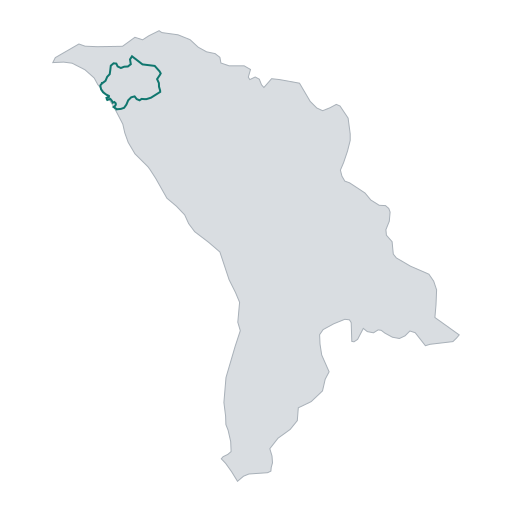 Moldova, with Edineţ highlighted
{"feature_id": "MDA-1615", "entity_name": "Edineţ", "entity_type": "District", "adm_level": 1, "iso_a3": "MDA", "parent_name": "Moldova", "parent_adm1": "", "projection": "equal_earth", "projection_center": [27.238, 48.122], "detail": "fine", "context": "in_parent", "style": "outline", "palette": "teal", "viewbox_px": 512, "rotation_deg": 0, "n_neighbors": 0, "source": "natural_earth", "source_scale": "10m", "svg_char_len": 2650}
<svg xmlns="http://www.w3.org/2000/svg" viewBox="0 0 512 512"><path d="M52.8,62.6L55.3,57.6L78.9,44.0L85.1,46.2L97.4,46.7L122.5,46.3L134.9,37.3L142.6,39.8L148.8,35.8L159.1,30.7L160.6,31.8L162.0,32.6L178.0,34.8L190.1,39.7L198.2,47.2L206.5,51.8L215.1,53.6L219.9,57.4L220.9,63.0L229.0,65.8L244.1,65.8L250.5,69.5L248.3,77.1L249.8,79.6L255.2,77.0L259.3,79.2L261.5,84.8L263.9,87.5L271.6,78.7L279.7,79.6L299.5,83.2L310.2,101.4L316.8,108.0L322.6,110.7L329.9,107.8L336.3,104.4L340.0,106.0L348.1,118.1L350.2,133.9L350.2,140.4L347.5,151.1L343.6,162.6L340.4,170.1L341.9,176.1L344.8,181.1L349.5,182.8L365.0,193.0L370.8,200.0L379.2,205.3L385.5,205.6L388.8,208.5L390.1,212.1L389.3,221.2L385.9,229.7L386.4,235.2L392.1,241.7L392.8,249.2L393.3,254.1L396.3,257.9L410.5,266.2L428.9,274.2L433.7,281.2L436.6,289.9L436.0,304.7L434.9,317.5L459.2,334.9L456.5,338.1L452.9,341.6L430.0,344.3L425.4,345.7L415.2,332.7L409.9,331.0L405.1,335.8L399.4,338.5L392.4,337.2L384.9,333.1L381.2,330.3L378.1,329.9L373.5,332.8L367.3,331.6L363.3,328.4L357.6,339.4L354.0,341.8L351.8,341.4L351.2,322.6L349.4,319.8L344.8,319.3L333.7,323.8L323.1,329.6L319.6,334.7L320.0,344.0L321.7,355.0L329.1,371.8L325.2,379.2L322.5,390.9L311.2,401.6L298.3,407.8L297.3,420.6L290.2,429.4L278.0,438.2L269.8,448.7L272.0,456.0L272.5,462.8L271.2,467.5L270.9,471.1L267.6,472.7L248.9,474.0L243.5,476.2L237.5,481.3L231.6,471.7L225.6,463.3L221.3,458.8L223.1,456.7L227.8,454.4L231.1,451.6L230.7,441.6L228.1,430.2L225.9,424.6L225.6,416.0L223.9,402.5L226.0,377.5L235.2,346.2L240.3,330.7L237.8,322.2L239.6,302.3L235.5,292.5L229.1,279.7L219.9,252.0L208.6,242.3L194.7,231.7L188.7,223.7L184.7,214.9L176.4,206.2L166.9,198.2L155.6,178.2L149.7,169.1L147.9,166.7L135.0,153.9L128.2,142.4L124.8,132.9L122.8,124.1L113.8,106.8L105.6,93.8L97.8,84.6L94.2,78.0L85.0,69.8L72.1,63.2L63.6,62.1L52.8,62.6Z" fill="#d9dde1" stroke="#a8b0b8" stroke-width="1"/><path d="M107.3,100.0L107.0,99.6L106.8,99.1L106.7,98.5L106.5,97.9L108.9,97.0L108.9,95.9L105.9,94.4L103.1,92.3L101.1,89.4L100.3,85.8L100.6,85.0L101.8,83.7L101.9,83.0L102.9,82.8L105.5,80.8L107.2,76.8L109.7,74.2L110.3,70.0L110.8,65.7L113.6,63.3L116.3,63.6L117.6,66.4L120.8,68.0L124.2,66.7L127.9,66.5L130.8,64.2L130.0,59.4L132.0,56.3L142.5,64.4L154.7,65.9L159.6,71.4L160.7,73.4L159.9,74.9L157.1,79.1L158.9,83.1L159.0,86.7L160.1,90.4L160.2,91.9L151.0,97.7L146.5,99.1L144.0,99.1L141.6,98.9L139.6,100.3L136.7,99.1L134.6,96.4L131.2,97.3L128.2,100.3L126.4,104.6L124.1,107.8L120.9,108.9L117.7,109.2L116.8,109.3L116.8,109.0L116.0,108.7L113.6,107.0L115.0,106.0L115.8,104.7L115.7,103.3L114.3,102.0L112.8,102.7L111.8,100.7L110.3,98.9L107.3,100.0Z" fill="none" stroke="#0f766e" stroke-width="2"/></svg>